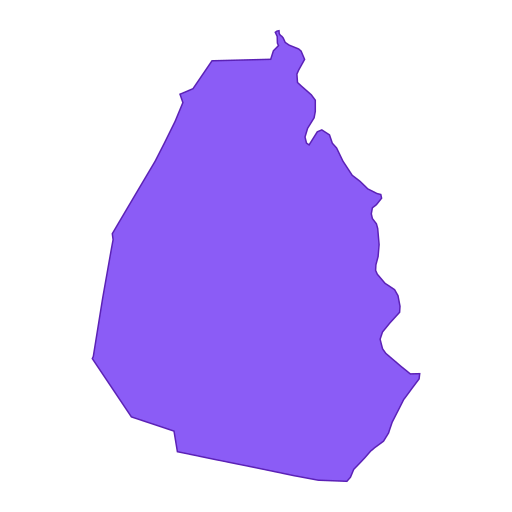 the district of Abu Hujar, Sennar, Sudan
{"feature_id": "16777658B38113510529879", "entity_name": "Abu Hujar", "entity_type": "district", "adm_level": 2, "iso_a3": "SDN", "parent_name": "Sudan", "parent_adm1": "Sennar", "projection": "robinson", "projection_center": [34.02, 12.663], "detail": "fine", "context": "isolated", "style": "filled", "palette": "violet", "viewbox_px": 512, "rotation_deg": 0, "n_neighbors": 0, "source": "geoboundaries", "source_scale": "gbopen_adm2", "svg_char_len": 1581}
<svg xmlns="http://www.w3.org/2000/svg" viewBox="0 0 512 512"><path d="M419.7,373.7L419.4,373.7L419.0,373.7L410.3,373.9L400.9,366.3L385.8,353.4L382.6,348.9L381.4,344.4L380.1,339.2L382.5,332.0L390.0,322.8L399.6,312.3L400.0,306.3L398.0,295.7L394.6,289.7L385.0,283.3L377.3,274.2L375.6,270.4L375.9,264.8L378.1,256.5L379.1,244.6L378.5,237.8L377.7,228.5L376.4,223.8L372.4,218.6L371.3,213.8L372.4,207.8L376.4,204.7L381.6,198.2L380.8,194.5L376.9,193.5L367.8,188.9L360.0,181.3L352.2,175.3L342.9,161.1L337.8,150.5L336.6,148.0L332.3,143.2L329.5,134.9L321.8,129.9L317.3,131.8L309.1,144.9L306.5,143.1L305.0,137.0L307.6,128.3L314.1,117.8L315.3,111.4L315.3,100.2L311.3,94.8L301.4,86.1L297.5,82.5L296.9,74.1L298.7,70.0L304.6,59.4L301.1,51.1L298.7,49.0L289.1,45.1L285.2,42.4L283.2,38.0L281.9,36.4L280.4,35.3L279.2,33.6L279.0,30.7L277.0,31.1L275.3,32.3L277.2,36.4L277.4,43.1L278.5,45.6L273.4,50.8L270.7,59.3L212.0,60.8L193.0,88.7L180.0,94.2L182.9,102.6L175.1,121.4L164.3,143.3L155.1,161.3L138.5,189.3L118.7,222.8L112.3,233.7L113.1,239.7L111.5,248.3L102.7,298.0L93.3,356.5L92.3,358.6L107.0,380.5L131.4,416.9L174.0,431.1L177.4,451.7L214.1,459.3L256.7,467.9L294.6,475.8L297.5,476.3L310.8,478.8L318.3,480.2L336.8,480.9L339.5,481.0L346.9,481.3L350.4,477.3L350.5,477.1L351.3,475.2L353.7,469.4L359.3,463.6L362.7,460.0L364.7,457.9L370.7,451.0L372.5,449.6L374.5,447.8L383.2,441.4L383.5,441.2L388.6,432.9L389.6,429.7L392.2,422.1L394.1,418.4L397.1,412.5L398.3,410.2L403.7,399.5L405.1,397.7L410.5,390.4L410.9,389.8L412.4,387.8L419.1,378.9L419.7,373.7Z" fill="#8b5cf6" stroke="#5b21b6" stroke-width="1.5"/></svg>